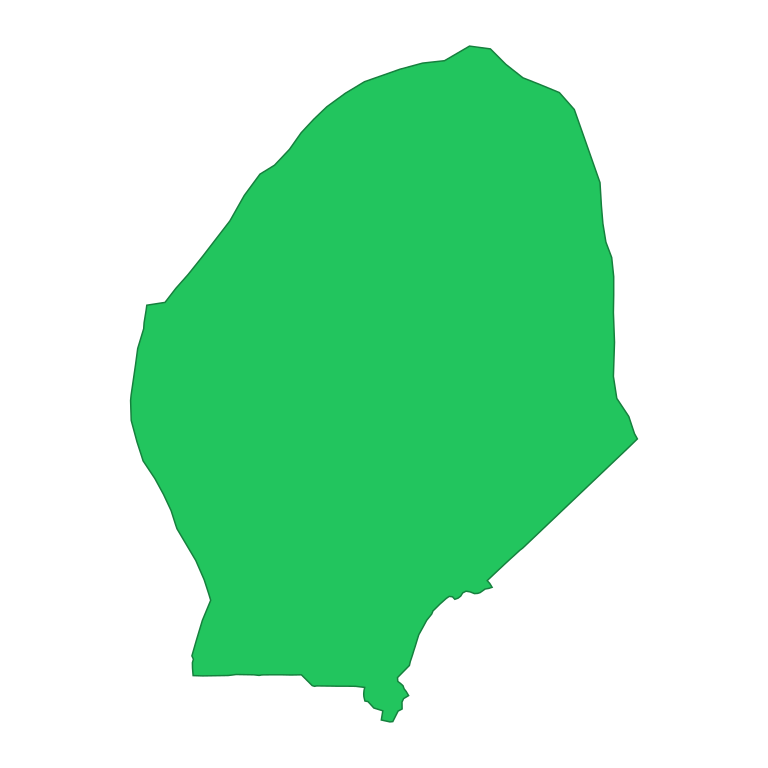 Semienawi Mierab, Maekel, Eritrea
{"feature_id": "51966322B56082674650687", "entity_name": "Semienawi Mierab", "entity_type": "district", "adm_level": 2, "iso_a3": "ERI", "parent_name": "Eritrea", "parent_adm1": "Maekel", "projection": "albers", "projection_center": [38.931, 15.377], "detail": "fine", "context": "isolated", "style": "filled", "palette": "green", "viewbox_px": 768, "rotation_deg": 0, "n_neighbors": 0, "source": "geoboundaries", "source_scale": "gbopen_adm2", "svg_char_len": 1945}
<svg xmlns="http://www.w3.org/2000/svg" viewBox="0 0 768 768"><path d="M193.1,675.6L202.8,675.9L228.1,675.5L232.4,675.0L236.1,674.5L253.8,674.8L259.1,675.4L262.0,674.9L270.0,674.8L272.8,674.8L282.2,674.8L290.9,675.0L301.4,674.8L312.2,685.6L314.5,686.3L316.8,685.9L324.1,686.0L332.8,686.1L337.6,686.2L347.2,686.2L355.5,686.3L364.7,687.4L364.0,690.6L363.7,694.0L363.9,696.7L364.9,701.0L368.0,701.6L373.8,708.0L382.8,710.8L381.3,720.0L389.9,721.9L392.8,721.6L398.1,711.1L402.1,709.0L402.0,702.1L403.6,698.6L408.6,695.6L406.2,691.5L404.1,688.8L403.0,685.7L400.8,683.7L397.8,681.4L397.5,677.6L409.4,665.5L410.3,661.5L411.4,658.3L412.7,654.3L414.0,650.0L415.1,646.7L417.1,640.1L418.8,634.7L422.8,627.5L426.7,620.3L431.7,614.1L433.0,610.9L436.6,607.4L439.8,604.2L446.2,598.5L449.2,596.4L452.5,596.8L454.8,599.3L458.0,598.2L460.7,596.1L462.7,592.9L466.0,591.2L470.2,591.9L474.4,593.6L477.6,593.4L480.1,592.6L485.2,589.0L488.7,588.4L492.1,587.3L489.8,583.5L487.2,580.6L492.7,575.4L498.3,570.1L504.3,564.5L510.8,558.5L515.9,553.9L519.8,550.3L522.7,548.1L627.4,448.6L637.4,438.9L634.5,433.7L628.8,416.5L616.8,398.4L613.4,376.4L614.5,342.3L613.4,312.5L613.7,295.1L613.7,276.6L611.7,257.5L605.9,242.1L602.9,223.6L601.4,205.8L600.0,182.6L584.7,139.0L574.3,109.5L559.4,92.6L538.6,84.0L522.9,77.8L505.9,64.4L490.4,48.9L469.5,46.1L444.5,60.7L422.6,63.1L400.0,69.2L364.5,81.7L345.4,93.2L326.9,106.7L313.9,119.1L301.2,132.7L289.5,149.3L274.5,165.2L260.0,174.1L244.3,195.4L229.9,220.9L216.2,238.7L202.9,256.0L188.2,274.4L175.8,288.4L165.0,302.4L146.8,305.2L146.1,310.4L144.1,322.7L143.7,328.7L137.7,348.5L135.5,365.0L133.5,378.7L131.1,395.2L130.6,400.4L131.2,420.4L137.0,441.9L141.6,456.1L143.1,460.9L154.9,478.6L163.5,494.4L171.1,510.6L175.6,524.7L177.0,528.8L195.8,560.5L204.2,579.8L208.8,594.0L210.7,600.3L202.4,620.3L196.4,640.2L191.9,655.9L193.4,659.2L192.4,662.7L192.5,668.0L192.8,671.8L193.1,675.6Z" fill="#22c55e" stroke="#15803d" stroke-width="1.5"/></svg>